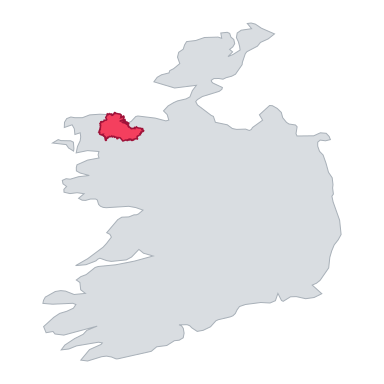 location of Ballina Lea-6, Mayo, Ireland
{"feature_id": "5873133B94480778200635", "entity_name": "Ballina Lea-6", "entity_type": "district", "adm_level": 2, "iso_a3": "IRL", "parent_name": "Ireland", "parent_adm1": "Mayo", "projection": "robinson", "projection_center": [-9.261, 54.165], "detail": "fine", "context": "in_parent", "style": "filled", "palette": "rose", "viewbox_px": 384, "rotation_deg": 0, "n_neighbors": 0, "source": "geoboundaries", "source_scale": "gbopen_adm2", "svg_char_len": 8832}
<svg xmlns="http://www.w3.org/2000/svg" viewBox="0 0 384 384"><path d="M257.4,46.2L246.9,51.7L245.3,53.7L242.4,62.3L242.1,64.7L235.5,74.2L231.7,76.2L226.1,77.7L223.0,79.2L218.9,78.5L213.8,78.6L211.3,80.3L211.5,81.6L213.0,83.1L222.4,87.5L221.9,89.3L219.3,91.3L202.4,96.5L197.4,99.6L195.7,101.6L197.5,105.0L211.1,115.3L213.4,116.4L215.4,122.3L227.3,124.8L232.3,128.5L236.5,129.4L245.6,129.1L249.3,130.5L251.3,129.5L252.5,127.5L262.6,120.2L259.4,114.8L269.6,105.5L272.4,105.7L277.3,108.5L281.3,112.4L282.7,117.7L286.5,122.4L289.0,124.0L295.5,125.0L297.1,126.8L296.0,133.7L297.0,136.0L313.7,135.8L320.4,132.8L326.2,133.3L329.1,136.4L330.4,139.6L325.5,140.8L320.2,140.1L317.7,142.2L317.7,146.2L319.5,151.3L323.1,155.0L326.0,163.2L328.5,172.3L332.2,177.8L333.0,184.7L332.6,188.0L333.4,194.1L331.9,196.2L333.1,201.9L339.6,220.2L341.1,234.5L338.2,239.8L334.2,244.9L331.7,250.9L329.8,257.4L328.7,267.9L320.2,280.2L316.5,283.2L312.2,285.1L321.8,293.7L314.1,297.5L305.7,298.7L296.3,296.6L290.5,296.8L283.2,301.3L281.5,300.5L277.9,293.4L275.4,300.7L270.0,303.0L260.8,302.5L245.4,304.5L239.5,306.5L237.1,309.8L235.3,313.5L232.9,315.8L230.2,316.9L218.3,319.7L215.9,320.8L210.5,326.8L203.2,330.3L197.2,331.4L191.9,327.9L189.7,325.7L187.2,324.7L179.0,324.8L181.6,325.9L183.3,328.4L184.1,333.2L183.2,337.8L179.2,340.2L174.4,340.7L166.8,345.5L156.7,346.8L151.3,351.3L118.0,358.8L116.1,358.9L111.5,357.0L106.5,356.1L101.6,356.7L87.6,361.0L80.8,360.1L89.5,349.6L101.1,344.4L102.3,342.9L98.5,342.2L76.5,345.9L68.8,349.0L61.2,349.9L64.8,345.1L74.6,338.6L83.2,334.3L86.8,330.4L97.2,326.1L63.8,335.1L55.0,334.0L53.0,331.5L46.1,332.7L43.6,326.6L53.7,317.4L59.7,313.4L66.7,311.3L73.4,308.2L75.9,304.5L72.8,303.3L52.6,304.2L42.9,303.4L43.5,300.4L45.3,297.1L55.3,291.5L60.7,290.6L65.5,291.1L74.1,294.5L85.4,293.4L80.7,289.8L79.9,282.5L76.3,280.0L80.9,276.6L86.2,274.6L95.1,267.5L98.2,266.5L115.6,264.8L134.5,261.1L153.1,256.0L143.5,253.2L138.9,249.4L131.6,257.0L126.3,259.9L111.3,261.4L106.6,260.6L99.9,258.2L97.9,259.1L95.9,260.9L86.0,264.7L75.6,265.6L87.7,258.7L103.1,247.2L106.5,243.5L111.4,237.1L109.9,234.3L106.7,232.7L117.8,219.6L121.8,217.2L128.9,216.9L134.1,214.8L136.4,214.8L138.4,214.0L143.0,210.1L135.9,207.6L128.7,206.3L106.2,207.7L103.2,207.4L100.4,206.2L98.6,204.4L97.3,200.0L95.6,199.0L90.6,199.0L85.6,200.4L82.1,200.2L78.6,198.3L84.1,193.7L77.1,192.7L70.0,193.6L64.0,192.2L63.9,189.3L66.6,186.5L63.0,183.8L62.3,180.4L66.1,178.7L70.2,179.2L78.6,176.7L89.3,175.5L80.1,173.0L76.4,170.9L76.3,167.6L77.0,164.8L87.6,160.1L99.0,158.0L98.1,154.9L98.9,151.5L87.5,150.6L76.2,152.9L77.5,146.5L80.2,140.7L80.7,136.9L80.2,132.8L74.9,134.5L74.3,128.7L72.1,124.8L64.3,127.5L64.5,122.3L66.7,118.6L70.8,117.0L74.9,117.7L82.4,117.7L89.7,114.9L100.1,114.2L116.8,115.1L128.2,122.8L131.2,121.4L135.8,116.5L137.9,116.0L155.2,118.1L165.9,120.9L168.8,120.1L167.2,114.6L163.5,110.9L168.1,105.9L173.7,102.6L177.5,100.9L186.1,98.9L189.9,96.9L192.4,90.6L196.4,85.3L174.6,88.0L153.9,81.8L157.2,77.3L161.5,74.8L169.0,72.9L169.8,70.6L173.6,68.7L179.8,63.6L177.5,57.1L178.7,52.3L183.2,49.2L184.6,44.9L186.6,41.6L195.8,40.5L204.5,37.5L218.1,37.1L221.7,38.3L220.8,33.0L227.2,32.3L229.7,33.4L230.9,37.1L233.8,39.5L234.7,43.7L232.8,46.9L229.6,49.4L232.6,51.9L228.0,56.6L233.0,54.5L240.1,50.0L239.6,46.4L238.4,41.8L236.4,37.6L237.2,33.0L241.2,30.2L251.6,28.7L247.3,23.5L251.1,23.0L255.3,24.1L261.4,28.2L274.5,33.9L268.2,38.9L260.5,42.4L257.4,46.2ZM73.9,148.6L73.6,151.1L68.6,148.0L66.2,144.6L52.5,143.0L58.2,139.6L61.0,140.6L70.7,140.8L73.4,142.2L73.9,148.6Z" fill="#d9dde1" stroke="#a8b0b8" stroke-width="1"/><path d="M105.5,140.3L105.9,140.5L106.2,140.3L106.1,140.0L106.3,139.9L106.0,138.9L106.2,138.4L106.3,138.4L106.2,138.3L106.6,138.3L106.6,138.2L106.8,138.1L107.0,138.3L107.2,138.1L107.5,138.1L107.3,137.6L107.3,137.4L107.5,137.3L107.8,137.2L107.9,137.4L108.0,137.4L108.1,137.2L108.5,137.3L109.3,136.8L109.4,136.4L109.6,136.4L110.2,136.7L110.5,136.6L110.9,136.7L111.1,136.5L111.4,136.4L111.8,136.0L112.4,136.9L112.8,136.6L113.2,136.6L113.3,136.4L113.6,136.3L114.3,136.5L114.4,137.1L114.6,137.3L115.2,136.9L115.5,137.0L115.8,137.2L116.3,137.2L116.5,137.4L116.9,137.4L116.8,138.3L116.9,138.6L117.5,138.7L117.9,138.5L117.9,138.3L117.8,138.1L117.8,137.9L118.4,137.5L120.2,137.8L122.9,141.0L125.8,140.0L126.6,140.1L127.0,140.5L127.5,140.5L128.0,140.3L127.8,139.8L128.7,139.6L129.3,139.3L129.5,139.7L129.5,139.9L129.7,140.0L129.8,139.9L129.9,139.6L130.1,139.7L129.9,139.5L130.2,139.5L130.3,139.3L130.1,139.1L130.3,139.1L130.6,139.2L130.4,139.3L130.4,139.6L131.2,140.0L131.3,140.2L131.4,140.3L131.5,140.4L132.2,140.2L132.4,140.4L133.8,139.9L134.0,139.6L133.7,139.3L134.7,139.0L135.1,139.0L135.3,138.7L136.2,138.7L136.9,138.9L136.8,138.7L137.2,138.6L137.4,138.4L137.0,138.1L137.2,137.7L137.1,137.3L137.1,137.0L137.1,136.9L137.1,136.7L137.5,136.4L137.4,136.2L137.7,136.0L138.0,136.0L138.2,135.8L138.6,135.7L138.9,135.5L139.2,135.1L139.7,134.9L140.0,134.7L140.4,134.7L140.4,134.1L140.1,133.6L141.1,133.3L141.2,132.9L140.9,132.6L140.8,132.2L141.3,131.9L142.5,131.8L143.3,131.3L143.7,130.8L143.2,130.1L142.7,130.1L142.3,130.0L142.3,129.9L142.4,129.6L141.8,129.6L141.8,129.2L141.7,129.2L142.2,129.0L142.4,128.6L141.2,128.5L140.5,128.2L138.3,128.0L136.8,127.3L136.5,126.9L136.4,127.0L136.0,127.4L136.1,127.6L135.8,127.7L135.7,127.6L135.3,127.4L134.5,127.4L134.4,127.6L134.6,127.9L134.4,128.0L134.2,128.4L134.3,128.5L134.2,128.5L134.3,128.6L133.6,128.4L132.9,128.4L132.7,128.5L132.4,128.4L132.0,128.6L131.4,128.7L131.0,128.5L130.9,128.4L131.2,128.2L129.9,127.5L129.7,127.2L129.2,127.0L128.6,127.0L128.5,126.7L128.4,126.4L128.6,126.5L128.7,126.4L128.4,126.2L128.5,126.1L128.3,126.0L128.4,125.9L128.2,125.7L128.3,125.4L128.3,125.2L128.2,124.9L127.5,124.8L126.9,124.4L127.1,124.4L127.1,124.2L127.5,124.0L127.4,123.9L127.4,123.7L127.2,123.5L126.9,123.7L126.6,123.5L126.4,123.5L126.2,123.5L126.3,123.2L126.1,123.2L125.7,122.9L125.0,123.0L124.9,122.9L124.2,122.7L124.0,122.9L123.7,122.6L123.3,122.6L123.5,122.2L123.2,122.2L122.9,122.2L123.1,122.0L123.0,121.9L123.1,122.0L123.3,121.9L123.2,121.9L123.4,121.8L123.3,121.7L123.5,121.8L123.4,121.9L123.5,122.0L123.7,121.9L123.8,121.6L123.7,121.6L123.5,121.3L123.3,121.4L123.8,121.1L123.9,120.9L124.3,120.8L124.1,120.7L124.4,120.7L124.4,120.8L124.5,120.9L124.1,121.2L124.1,121.5L124.7,121.1L124.7,120.9L125.0,120.5L125.1,120.2L125.1,119.9L124.9,119.5L123.5,119.7L123.1,120.3L122.8,120.5L122.7,120.6L122.3,120.7L122.4,120.8L122.1,120.7L121.7,120.5L121.2,120.8L121.1,121.0L121.0,120.9L120.9,120.9L120.8,121.0L120.2,121.3L120.1,121.5L120.1,121.2L120.6,121.1L120.7,120.9L120.7,120.7L121.2,120.7L121.7,120.3L122.0,120.5L122.4,120.4L122.1,120.3L123.2,119.7L123.6,119.1L123.7,118.7L123.5,118.4L123.6,118.0L123.9,117.5L123.9,117.2L124.1,117.1L123.9,116.4L123.6,116.0L123.1,116.1L122.8,116.6L122.7,116.8L122.5,116.7L122.3,116.8L121.3,116.6L121.7,116.9L121.8,117.1L121.7,117.4L121.6,117.5L121.4,117.4L120.9,117.6L121.0,117.4L120.8,117.1L120.8,116.7L121.2,116.6L121.0,116.1L121.1,115.8L121.3,115.3L121.1,114.8L120.9,114.7L120.2,114.1L119.8,114.0L119.6,114.1L119.1,113.9L118.4,113.9L117.5,113.6L117.0,113.6L116.8,113.5L116.3,113.4L116.0,113.3L115.9,113.4L115.8,113.2L115.4,113.1L115.2,112.7L114.8,112.5L114.5,112.6L114.6,112.9L114.8,113.0L114.7,113.3L113.6,113.9L113.8,114.1L113.7,114.3L113.2,114.2L112.9,114.4L112.8,114.6L112.9,114.8L112.7,115.3L112.0,115.4L111.8,115.1L111.6,115.0L111.8,114.8L111.8,114.4L111.5,114.1L111.3,114.3L111.0,114.0L110.7,114.2L110.3,114.2L110.1,114.0L109.8,114.1L109.4,114.0L109.2,114.0L109.1,113.9L109.0,114.0L109.0,113.9L108.5,114.2L108.2,114.2L107.8,113.9L107.6,114.3L107.4,114.3L107.2,114.2L107.1,114.6L107.1,115.2L105.7,117.5L106.4,118.8L106.5,119.3L106.7,119.7L106.2,120.2L104.9,120.2L104.8,120.3L104.4,120.2L104.1,120.2L104.0,120.9L103.7,121.2L103.6,121.4L103.0,121.7L101.9,122.0L101.6,121.8L101.6,121.6L100.8,121.8L100.9,122.4L100.8,122.9L100.4,122.9L99.9,123.5L100.2,124.3L100.5,124.7L100.7,125.1L100.2,125.5L100.2,125.9L100.5,126.2L100.5,126.3L100.5,127.2L100.1,127.9L100.2,128.1L100.3,128.1L100.3,128.5L100.0,128.8L99.8,129.2L99.8,129.4L99.8,129.6L100.1,129.7L99.9,130.0L99.6,130.2L99.6,130.4L99.4,130.4L99.1,130.8L99.3,130.7L99.4,131.0L99.1,131.5L99.1,131.8L98.8,132.2L99.0,132.3L99.7,132.4L99.5,132.8L99.4,133.3L99.6,133.6L99.7,134.1L100.1,134.4L100.4,134.4L100.9,134.7L101.5,134.6L102.2,134.6L102.8,134.3L103.1,134.3L102.7,134.8L102.8,135.0L102.5,135.2L103.3,135.4L103.3,135.8L103.8,136.2L104.2,136.0L104.4,136.1L104.7,136.4L105.0,136.5L104.9,136.5L105.2,136.8L105.2,137.0L104.8,137.4L105.0,138.0L105.3,138.4L105.1,138.8L105.4,139.0L105.3,139.5L105.5,139.8L105.5,140.3ZM128.2,123.7L128.7,123.6L128.4,123.1L127.9,122.8L127.4,122.3L126.4,122.1L125.0,121.6L124.7,121.6L126.1,122.2L127.2,122.5L127.6,122.8L127.6,123.2L128.1,123.2L128.0,123.4L128.0,123.5L128.2,123.7Z" fill="#f43f5e" stroke="#9f1239" stroke-width="1.5"/></svg>